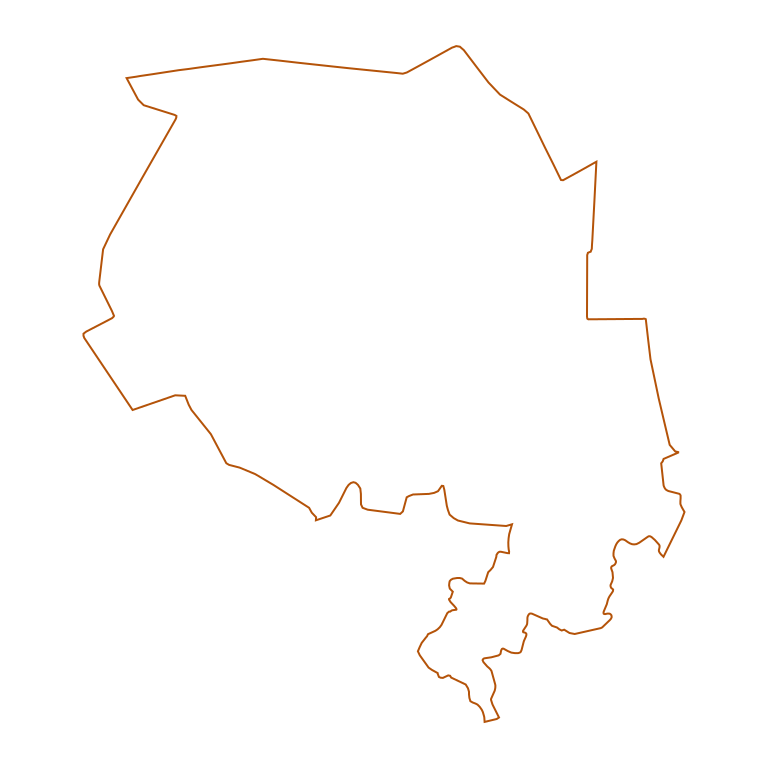 an SVG outline of Navoi
{"feature_id": "UZB-357", "entity_name": "Navoi", "entity_type": "Region", "adm_level": 1, "iso_a3": "UZB", "parent_name": "Uzbekistan", "parent_adm1": "", "projection": "orthographic", "projection_center": [65.132, 41.594], "detail": "fine", "context": "isolated", "style": "outline", "palette": "amber", "viewbox_px": 768, "rotation_deg": 0, "n_neighbors": 0, "source": "natural_earth", "source_scale": "10m", "svg_char_len": 5079}
<svg xmlns="http://www.w3.org/2000/svg" viewBox="0 0 768 768"><path d="M456.2,46.1L458.1,46.4L459.9,46.7L461.8,48.4L463.8,50.1L476.1,66.3L488.5,82.5L494.2,88.5L500.0,94.6L511.9,102.1L523.8,109.5L526.1,111.5L528.4,113.5L538.3,133.8L544.6,146.8L553.5,164.6L561.0,180.0L562.1,180.1L563.1,180.2L579.8,171.0L596.4,161.7L594.4,201.1L592.3,240.6L592.0,244.8L591.8,248.9L591.2,250.3L590.7,251.7L589.3,252.2L587.9,252.8L587.6,253.9L587.2,255.0L587.2,259.8L587.1,285.9L587.0,316.8L587.2,317.7L587.3,318.6L587.8,319.0L588.3,319.3L602.5,319.2L615.5,319.1L628.3,319.0L642.6,318.9L643.0,318.8L643.5,318.7L643.9,318.7L644.4,318.7L644.8,318.8L645.2,318.9L645.5,319.1L645.8,319.2L648.1,339.3L650.5,359.3L654.6,378.8L658.7,398.4L664.2,421.7L669.7,444.9L672.5,448.2L675.2,451.4L678.2,452.1L678.2,452.6L663.6,458.9L662.7,461.4L661.2,463.3L663.6,485.4L663.9,486.3L664.2,487.0L664.9,488.4L665.9,489.6L666.6,490.1L668.3,491.0L679.2,493.8L679.9,494.3L680.3,494.9L680.6,495.6L680.6,496.7L680.6,498.3L680.4,501.2L680.4,503.8L680.6,504.6L681.8,507.3L684.5,512.0L681.3,520.5L663.5,556.8L661.1,554.5L659.7,552.7L659.3,552.0L659.0,551.3L658.9,550.8L658.9,550.0L659.5,547.5L659.6,546.0L659.4,545.3L659.1,544.7L654.9,540.0L651.5,537.0L650.1,536.3L649.0,536.2L647.9,536.7L639.3,542.7L636.5,544.1L634.1,544.4L632.1,544.2L630.0,543.4L627.8,542.1L625.3,540.3L623.5,539.5L621.8,539.3L620.2,539.8L618.7,541.0L617.3,542.6L616.2,544.4L615.3,546.4L613.8,550.8L613.5,553.3L613.5,555.9L614.6,558.6L615.4,560.0L616.0,561.2L615.9,562.5L615.0,564.3L614.1,565.1L611.8,566.3L611.2,567.3L611.2,568.5L612.5,572.2L613.0,577.9L612.2,581.3L610.6,584.9L610.5,585.9L610.8,587.1L611.2,587.9L613.1,589.5L613.0,591.0L612.4,592.1L609.4,596.5L608.4,598.5L607.7,600.6L606.8,604.2L603.7,611.6L603.5,612.9L603.7,613.7L604.2,614.0L605.1,614.1L607.4,613.6L608.5,613.6L609.7,613.7L610.5,614.2L611.3,615.1L611.6,616.1L611.6,617.4L611.0,618.7L609.9,620.0L602.2,627.4L600.8,628.1L574.7,634.0L569.5,633.0L564.2,629.7L561.7,630.5L559.3,629.3L557.0,627.5L552.0,625.8L550.1,623.8L547.0,619.4L545.7,619.2L545.3,619.0L542.9,618.5L531.8,613.6L530.1,613.5L529.3,613.9L528.6,614.7L527.8,616.2L527.5,617.2L527.4,618.1L527.4,620.0L527.2,623.2L527.1,624.0L526.8,624.8L526.6,625.3L526.2,626.0L523.1,630.7L523.0,631.8L523.4,632.3L524.3,632.4L525.1,632.7L525.8,633.1L526.3,633.7L526.4,634.4L526.3,635.3L525.9,636.6L524.0,640.8L523.7,641.7L521.6,649.9L520.8,651.8L519.8,652.6L518.2,653.1L514.7,653.1L511.3,652.6L507.7,651.0L503.6,648.7L502.7,648.6L501.9,649.0L501.3,650.1L501.0,651.0L500.5,653.8L499.5,654.7L498.6,655.4L491.3,657.3L485.2,658.2L484.1,658.4L483.4,658.9L482.8,659.5L482.6,660.2L483.5,662.2L487.2,666.4L489.6,668.5L490.5,669.5L491.5,671.0L495.2,684.4L495.4,685.6L495.3,687.9L495.0,689.4L494.7,690.7L491.1,698.8L491.0,699.8L492.5,704.5L499.0,717.5L496.7,719.0L484.6,721.9L484.3,717.5L484.1,716.4L482.9,712.2L482.1,710.4L481.6,709.5L479.7,706.8L477.5,704.6L475.6,703.6L472.7,702.5L470.4,701.2L469.4,697.9L469.0,694.4L469.0,691.8L468.0,688.3L465.7,684.5L451.2,677.6L450.1,675.8L448.2,675.4L442.9,677.9L440.6,677.7L438.9,676.9L438.4,675.5L437.8,674.1L437.7,673.1L431.9,669.9L428.6,667.6L419.8,655.3L417.9,651.3L419.6,647.3L421.7,642.9L425.6,637.9L426.1,637.3L427.0,636.3L428.0,634.2L435.4,630.8L437.6,629.3L439.8,627.2L441.5,624.9L447.3,613.1L449.1,611.6L450.2,611.6L451.1,610.9L451.9,610.4L452.7,610.2L456.3,609.7L456.5,609.2L456.0,608.1L454.1,605.8L450.6,602.1L449.2,599.9L449.0,599.2L449.1,598.9L449.7,598.7L450.8,597.6L452.8,591.7L449.8,588.6L449.1,585.5L449.2,584.1L449.4,582.6L449.7,581.2L450.9,579.8L452.9,578.7L457.1,578.0L459.8,578.0L462.1,578.6L464.6,580.8L467.2,582.5L469.9,583.4L484.1,583.6L485.4,580.9L488.2,572.2L490.4,570.1L493.0,567.0L496.3,556.9L496.5,554.9L497.8,552.9L498.8,552.1L499.9,551.7L501.1,551.8L507.4,553.1L509.0,553.2L509.1,551.4L508.7,549.5L508.4,546.3L508.3,542.4L508.6,538.2L509.2,534.1L512.0,524.3L506.2,526.0L469.7,523.4L457.9,520.5L453.7,518.1L449.6,514.6L447.9,509.9L446.8,505.7L444.3,489.7L443.3,486.0L441.8,485.8L438.0,491.2L434.1,492.9L428.9,493.9L413.0,494.5L408.9,496.1L406.7,497.3L402.9,511.4L400.2,513.9L367.7,509.7L362.6,507.8L361.0,504.4L360.9,493.9L360.3,488.5L357.9,484.8L355.6,482.8L353.4,482.2L350.9,483.0L348.6,484.9L346.4,488.0L339.0,502.8L330.3,515.5L315.9,520.3L316.1,517.2L311.8,512.7L309.1,507.8L273.4,484.9L255.2,474.1L239.6,467.6L229.1,464.9L226.3,463.2L210.9,434.2L191.5,410.0L188.7,404.7L185.2,395.8L175.2,395.3L132.6,410.0L84.3,338.0L83.5,335.8L83.5,333.7L86.2,331.6L112.0,318.2L113.5,316.8L114.0,315.9L111.9,310.9L99.4,285.6L99.1,284.1L99.2,282.2L103.1,249.3L110.1,234.5L142.1,178.0L175.6,119.3L176.3,117.5L176.4,115.9L174.6,114.9L143.7,105.2L138.1,99.6L126.6,78.1L136.2,76.7L140.2,76.0L144.3,75.4L148.4,74.8L152.5,74.2L159.0,73.2L165.5,72.2L172.1,71.2L178.6,70.2L189.1,68.9L199.7,67.4L210.2,66.0L220.8,64.6L231.3,63.2L241.8,61.7L252.3,60.3L262.9,58.8L280.3,60.7L297.8,62.7L315.3,64.6L332.8,66.5L348.7,68.2L364.6,69.8L380.5,71.4L396.4,73.0L402.8,73.7L404.8,73.1L406.8,72.5L418.4,66.2L429.5,60.1L440.9,53.8L452.1,47.6L454.2,46.9L456.2,46.1Z" fill="none" stroke="#b45309" stroke-width="2"/></svg>